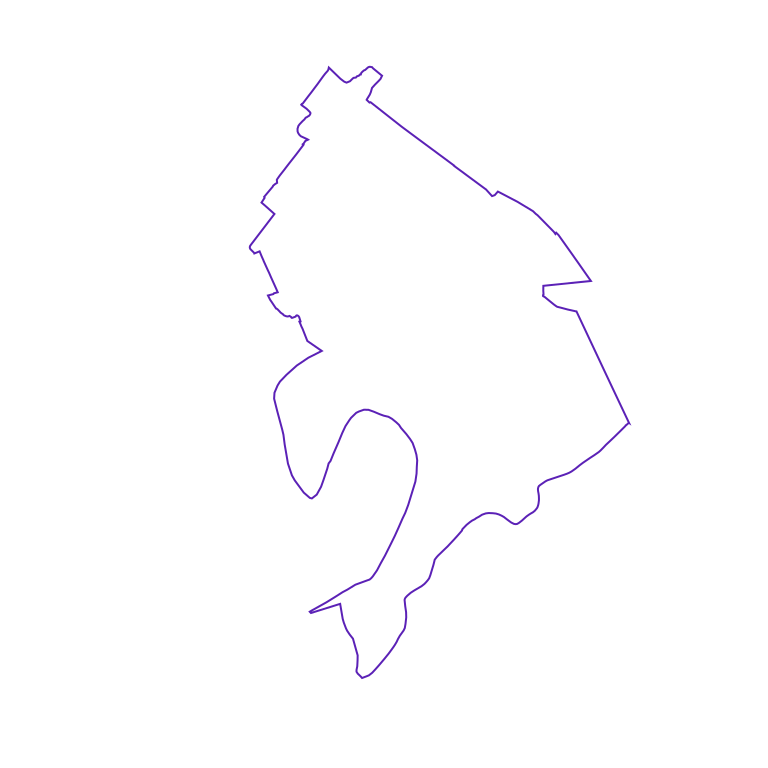 the district of Mahmudia, Tulcea, Romania, rotated 124°
{"feature_id": "2599482B4733936429488", "entity_name": "Mahmudia", "entity_type": "district", "adm_level": 2, "iso_a3": "ROU", "parent_name": "Romania", "parent_adm1": "Tulcea", "projection": "albers", "projection_center": [29.111, 45.091], "detail": "fine", "context": "isolated", "style": "outline", "palette": "violet", "viewbox_px": 768, "rotation_deg": 124, "n_neighbors": 0, "source": "geoboundaries", "source_scale": "gbopen_adm2", "svg_char_len": 5194}
<svg xmlns="http://www.w3.org/2000/svg" viewBox="0 0 768 768"><g transform="rotate(124 384 384)"><path d="M279.2,159.2L278.3,160.7L261.7,188.7L250.7,207.2L216.2,265.0L216.4,265.2L216.9,266.7L219.5,273.3L221.9,280.2L223.1,283.5L223.2,284.3L223.1,287.4L222.3,296.3L222.0,299.2L222.1,300.5L222.2,301.2L221.8,301.6L221.2,301.9L220.8,301.7L220.6,301.8L217.6,304.1L213.5,306.8L182.9,270.1L174.4,292.2L172.6,297.0L172.0,298.5L164.1,319.5L162.9,322.7L162.3,325.8L163.5,325.8L163.8,325.8L163.1,327.6L162.8,328.6L158.2,351.2L158.1,353.2L158.0,353.8L157.4,357.1L158.3,375.2L160.5,394.9L160.8,397.2L165.5,397.8L166.2,398.3L167.8,399.5L165.8,407.7L165.7,407.9L164.0,447.5L163.9,448.2L163.7,448.2L161.3,502.5L160.8,513.4L157.9,552.7L158.8,553.4L158.1,557.3L157.7,557.4L152.1,557.6L149.5,558.1L145.2,559.5L140.9,558.9L135.7,557.9L133.0,557.5L129.5,558.0L129.5,558.3L128.4,569.8L128.0,571.0L128.9,573.1L130.0,574.1L131.2,574.5L132.9,574.9L134.1,575.2L135.3,576.0L137.1,576.5L138.8,576.8L140.4,576.3L141.0,577.1L141.6,577.1L142.4,577.2L144.1,578.5L145.1,578.6L145.7,578.7L146.4,579.5L147.3,580.5L149.4,581.0L152.0,581.5L154.1,582.9L155.1,583.6L155.6,586.0L155.3,590.9L152.5,606.7L154.6,605.9L155.9,605.8L159.6,606.3L162.7,606.5L165.6,606.6L169.0,606.7L172.5,606.8L177.9,607.1L182.1,607.3L188.1,607.7L193.5,608.0L196.9,608.2L197.7,608.7L198.7,608.8L198.9,608.2L199.1,602.2L199.9,597.8L200.3,596.7L200.8,596.3L201.5,596.1L202.3,596.0L203.5,596.1L204.1,596.4L204.9,596.8L206.0,597.2L206.9,597.8L207.9,597.9L209.1,597.9L211.5,598.5L215.7,599.2L217.9,599.3L220.8,598.4L222.9,596.9L223.8,595.7L224.7,593.7L225.1,591.5L223.9,584.1L223.9,583.6L226.4,585.1L229.6,585.1L230.6,585.4L230.7,584.5L236.1,584.8L241.8,585.1L254.2,586.0L260.5,586.4L261.1,586.4L269.4,587.0L273.7,587.1L274.7,587.0L277.0,585.1L279.2,586.1L281.6,586.8L282.5,586.6L295.9,588.0L296.4,587.1L301.1,587.0L302.1,587.0L302.5,583.4L304.3,569.9L305.6,570.0L343.0,572.2L344.6,572.2L345.6,571.8L346.3,571.2L346.9,570.2L347.9,565.0L348.3,564.5L343.6,561.3L346.6,556.8L348.9,553.1L349.5,552.3L349.9,551.6L352.0,548.2L354.4,544.3L356.1,541.4L358.6,537.5L365.4,526.5L367.4,523.4L370.4,526.0L371.3,526.0L375.5,529.7L377.9,525.4L378.7,523.3L381.8,515.7L381.6,515.4L381.6,514.1L382.3,510.8L382.6,509.8L382.6,509.4L382.7,508.3L382.6,507.3L382.7,506.7L382.9,506.1L383.0,505.1L382.5,502.9L381.8,501.5L381.1,500.9L380.4,500.4L380.4,498.5L380.7,497.9L380.7,497.3L379.7,496.5L377.6,495.0L377.2,495.0L376.8,495.0L376.5,495.0L376.2,494.9L375.8,494.6L375.6,494.1L375.5,493.4L375.6,492.7L376.0,491.7L376.8,490.7L378.3,488.8L378.8,488.2L379.3,488.7L379.6,489.0L381.6,485.9L382.4,484.8L383.7,482.5L391.0,471.9L391.2,471.6L391.4,454.1L404.5,461.4L417.4,466.6L430.9,470.0L440.2,471.6L444.8,471.4L452.5,469.9L457.6,466.9L462.2,461.8L466.4,457.1L478.8,442.8L482.3,439.0L489.7,432.5L503.7,419.1L511.2,409.3L513.8,404.1L518.9,389.8L519.9,381.8L519.2,379.8L513.3,377.9L511.1,378.1L504.4,378.7L497.4,380.5L485.9,383.7L480.8,385.5L477.7,385.3L469.7,387.0L457.7,389.2L448.0,391.2L440.4,392.4L433.5,392.5L430.5,392.4L423.4,390.9L420.8,389.4L416.6,386.3L414.1,382.5L412.7,377.1L411.4,370.5L410.4,366.5L408.7,362.0L408.4,357.9L408.9,352.4L409.5,348.7L410.9,345.4L413.0,337.6L415.0,331.7L416.9,327.3L420.8,322.0L424.5,317.6L428.7,313.8L434.3,310.5L440.1,306.9L447.4,303.4L470.7,296.3L479.1,294.3L485.3,293.4L495.1,291.6L503.9,290.1L512.7,288.9L518.1,288.2L525.8,287.2L534.1,286.5L542.4,285.6L549.8,285.7L552.1,286.0L554.2,286.6L556.2,288.1L566.4,295.5L575.0,299.4L579.7,301.9L587.3,305.2L597.3,309.7L612.5,317.4L614.3,318.2L614.7,316.5L590.8,297.4L601.8,286.9L604.3,283.9L607.9,278.8L609.2,276.5L610.9,272.3L612.5,267.3L623.7,254.1L627.7,251.5L633.0,248.3L636.4,246.9L637.9,245.9L638.8,243.8L639.1,241.9L639.5,239.7L640.0,237.8L636.5,235.3L634.0,233.6L630.0,232.3L625.5,231.6L620.2,230.9L615.7,230.4L610.8,229.9L605.1,229.4L600.4,229.2L596.9,229.1L594.2,229.1L590.8,229.3L587.6,229.8L583.9,230.1L577.4,229.9L574.7,230.3L570.9,232.0L565.0,235.1L560.8,238.1L556.4,242.1L551.5,246.2L550.3,246.6L549.1,246.7L546.5,246.3L542.1,245.1L538.1,243.4L530.6,239.8L527.2,238.7L524.9,238.3L522.4,238.0L519.9,237.9L516.5,238.7L511.7,240.2L506.2,241.9L502.9,243.1L501.3,243.7L499.8,243.6L498.0,243.5L495.9,243.2L488.4,241.6L482.8,240.4L480.2,240.0L474.0,239.0L469.1,238.3L465.3,237.8L461.8,237.4L460.8,237.8L459.2,237.6L454.7,236.8L450.7,235.6L448.0,234.6L445.3,233.1L443.6,232.5L441.0,231.1L437.5,229.6L434.4,227.3L432.4,225.0L430.2,221.4L428.8,218.7L427.9,215.8L427.4,212.8L427.2,210.1L427.3,208.9L427.5,205.9L427.7,201.2L427.6,200.3L427.3,198.0L426.5,196.4L425.6,195.4L423.8,194.5L420.2,193.3L416.1,192.3L414.1,191.8L411.4,190.8L409.5,190.0L407.1,188.8L404.8,188.1L401.9,187.8L400.6,187.8L398.3,188.4L396.6,189.1L393.8,190.5L392.3,191.5L390.1,193.1L388.3,194.7L386.8,196.2L385.5,197.3L384.5,197.9L383.1,198.4L381.9,198.5L380.0,197.9L374.4,195.7L372.5,194.7L368.7,191.8L364.3,188.4L358.6,184.0L356.0,182.1L353.8,180.7L351.6,179.6L347.4,178.0L341.8,176.3L338.3,175.1L335.0,173.8L330.2,171.9L325.5,169.9L320.3,167.9L318.0,167.3L314.2,166.6L310.4,166.0L306.5,165.1L300.2,163.7L291.5,161.9L283.9,160.4L283.1,160.5L282.7,160.2L279.2,159.3L279.2,159.2Z" fill="none" stroke="#5b21b6" stroke-width="2"/></g></svg>